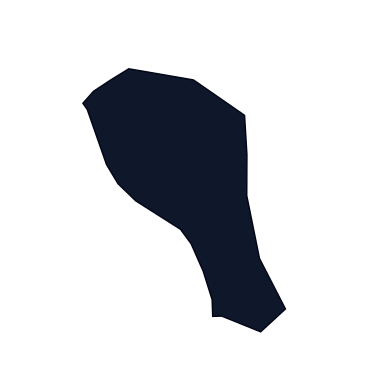 an SVG outline of Sumqayıt, rotated 209°
{"feature_id": "AZE-1717", "entity_name": "Sumqayıt", "entity_type": "Municipality", "adm_level": 1, "iso_a3": "AZE", "parent_name": "Azerbaijan", "parent_adm1": "", "projection": "albers", "projection_center": [49.598, 40.601], "detail": "fine", "context": "isolated", "style": "filled", "palette": "ink", "viewbox_px": 384, "rotation_deg": 209, "n_neighbors": 0, "source": "natural_earth", "source_scale": "10m", "svg_char_len": 430}
<svg xmlns="http://www.w3.org/2000/svg" viewBox="0 0 384 384"><g transform="rotate(209 192 192)"><path d="M113.6,93.3L122.1,107.5L143.7,128.1L167.5,146.2L183.9,153.8L236.9,157.0L260.7,163.4L280.1,174.6L323.6,213.4L330.4,216.7L326.9,232.4L317.2,251.0L307.0,269.1L245.0,290.7L183.2,284.5L162.1,251.3L142.4,215.4L100.7,166.5L53.6,135.0L64.2,103.0L105.8,97.9L113.6,93.3Z" fill="#0f172a" stroke="#020617" stroke-width="1.5"/></g></svg>